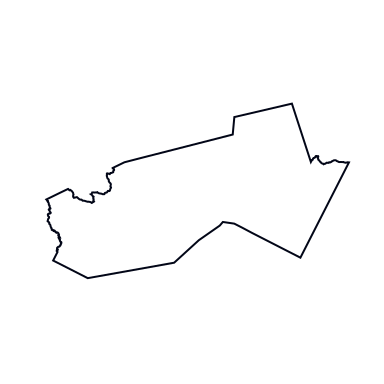 the district of Goilala District, Central, Papua New Guinea, rotated 297°
{"feature_id": "67681753B69138708409100", "entity_name": "Goilala District", "entity_type": "district", "adm_level": 2, "iso_a3": "PNG", "parent_name": "Papua New Guinea", "parent_adm1": "Central", "projection": "natural_earth1", "projection_center": [146.873, -8.324], "detail": "fine", "context": "isolated", "style": "outline", "palette": "ink", "viewbox_px": 384, "rotation_deg": 297, "n_neighbors": 0, "source": "geoboundaries", "source_scale": "gbopen_adm2", "svg_char_len": 5174}
<svg xmlns="http://www.w3.org/2000/svg" viewBox="0 0 384 384"><g transform="rotate(297 192 192)"><path d="M119.2,65.6L118.9,66.4L118.3,67.2L118.3,67.3L118.6,67.6L118.6,67.8L118.4,67.9L117.8,68.0L117.5,68.5L117.5,68.8L117.0,69.4L116.3,69.9L115.8,70.1L115.4,70.6L115.3,71.2L115.0,71.5L114.5,71.6L113.6,72.5L113.4,73.0L113.0,73.4L112.8,73.4L112.6,73.2L112.4,72.5L111.2,72.4L111.0,72.7L111.0,73.2L110.8,73.5L110.5,73.7L110.0,74.3L109.7,75.1L109.3,75.6L108.8,75.5L108.4,75.3L108.1,75.0L107.8,74.6L107.8,74.3L107.5,74.0L107.1,73.8L106.4,73.8L105.6,74.4L105.1,75.0L105.0,75.8L104.7,76.1L104.0,76.3L103.4,76.3L103.0,76.1L102.3,76.1L101.2,76.5L100.5,76.5L100.3,76.8L100.2,78.0L100.0,78.6L99.8,78.8L99.6,78.9L99.0,79.1L98.8,79.3L98.6,79.7L98.6,80.2L98.4,80.6L97.9,81.1L97.1,81.6L96.7,82.1L96.3,82.9L95.9,83.0L95.5,83.5L95.4,83.9L95.1,84.1L94.6,84.3L94.6,84.6L95.0,85.0L95.1,85.3L95.0,86.0L94.9,86.3L94.4,86.5L94.5,86.8L94.9,86.8L95.2,86.9L95.2,87.3L95.0,87.5L94.8,87.5L94.6,87.8L94.7,88.6L94.3,88.9L94.3,89.0L94.4,89.4L94.1,89.8L94.2,90.0L94.9,90.6L94.7,91.5L93.7,92.8L93.3,92.8L93.2,93.0L92.9,93.1L92.8,92.6L92.7,92.5L92.3,92.9L92.3,93.7L91.5,94.9L91.0,93.9L90.8,93.8L90.6,94.0L90.7,94.7L90.6,95.0L90.4,95.1L90.0,94.8L89.8,95.1L89.8,95.8L89.6,96.0L89.4,96.1L88.8,96.2L88.7,96.3L88.0,97.2L87.9,97.6L88.1,97.9L88.0,98.3L87.8,98.5L87.6,98.6L87.2,98.3L86.9,98.4L86.8,98.7L86.6,98.9L85.8,98.9L85.3,98.8L85.0,99.0L84.7,99.0L84.4,98.7L83.6,98.8L83.3,98.7L82.7,98.2L82.6,97.8L82.3,97.6L81.2,97.2L80.9,97.2L80.5,97.7L80.4,97.7L80.2,97.5L79.9,97.6L79.9,98.1L79.8,98.6L79.6,98.7L79.1,98.5L78.6,98.5L78.3,98.1L78.0,98.2L77.5,99.4L67.9,99.4L67.9,138.2L120.9,208.2L152.2,220.0L174.7,232.0L179.3,233.1L183.0,244.0L183.0,252.7L182.8,263.9L182.7,318.4L236.3,318.4L289.6,318.4L289.1,317.1L288.1,316.0L287.8,315.6L287.7,314.9L287.4,314.2L287.5,313.4L286.8,312.1L286.4,311.2L286.2,310.9L286.0,310.4L285.7,309.9L285.5,309.5L285.4,309.1L285.4,308.6L285.5,308.2L285.4,307.8L285.4,307.5L285.3,307.0L285.5,306.5L285.5,306.0L285.5,305.6L285.3,305.2L285.1,304.8L284.8,304.3L284.5,303.9L283.4,303.2L283.1,303.0L283.0,302.8L282.7,302.6L282.4,302.6L282.1,302.5L281.7,302.1L281.1,301.7L280.9,301.5L280.9,301.0L280.8,300.7L280.3,300.6L280.1,300.5L279.7,300.1L279.5,299.4L279.4,298.9L279.1,298.6L278.5,298.3L278.0,298.1L277.7,297.9L277.4,297.4L277.2,297.3L276.9,297.0L276.5,296.7L276.7,296.3L276.8,296.1L276.6,295.7L276.5,295.4L276.5,294.6L276.6,294.2L276.7,293.6L276.9,293.4L277.1,293.1L277.1,292.7L277.1,292.4L277.3,292.0L277.8,291.2L278.0,290.7L278.0,290.2L278.2,289.8L278.7,289.4L279.1,289.1L279.4,289.0L279.4,288.7L279.6,288.6L279.8,288.3L280.3,288.3L281.1,288.3L281.2,288.1L280.8,287.6L280.8,287.4L280.6,287.2L280.7,286.8L280.6,286.6L280.3,286.1L280.1,286.1L279.7,285.9L279.4,286.2L278.6,285.9L278.4,285.8L278.2,285.6L277.7,285.3L277.5,284.9L277.0,284.8L276.7,284.7L275.6,284.9L275.4,284.7L275.1,284.4L274.9,284.5L274.6,284.5L274.4,284.4L274.1,284.3L272.7,284.3L316.1,240.9L278.0,195.7L261.7,202.2L197.9,129.7L187.8,118.3L176.7,109.9L176.9,110.3L177.1,110.9L177.2,111.6L176.9,112.1L176.3,112.6L175.8,112.6L175.2,112.3L173.8,112.8L173.7,112.7L173.4,112.3L173.1,112.2L172.7,111.8L172.4,111.6L172.0,110.9L171.9,110.7L171.4,110.6L170.9,110.7L170.6,110.6L170.6,110.4L170.5,109.9L170.4,109.4L170.4,109.0L170.1,108.6L170.2,108.2L170.1,107.9L169.7,107.8L169.1,108.1L168.8,108.4L168.5,108.6L168.0,108.6L167.7,108.7L167.3,109.1L167.0,109.4L166.5,109.8L165.9,110.4L165.7,110.7L165.6,111.3L165.5,111.7L165.2,112.2L164.8,112.5L164.3,112.7L164.0,112.8L163.1,114.0L162.7,115.4L162.4,115.8L162.2,116.1L161.5,116.4L160.8,116.5L160.1,116.7L159.7,117.0L159.5,117.6L159.3,117.8L158.9,117.9L158.2,117.8L157.8,117.8L157.1,117.9L156.6,118.1L156.0,118.2L155.4,118.0L155.1,117.6L155.0,117.3L155.0,116.9L154.8,116.6L154.5,116.5L154.0,116.5L153.6,116.4L153.1,116.4L152.6,116.0L152.2,115.4L151.9,115.1L151.5,114.8L151.1,114.8L150.3,114.9L150.2,114.8L149.8,114.0L149.5,113.4L149.4,112.1L149.2,111.5L149.0,110.9L148.7,110.1L148.6,109.7L148.6,109.0L148.6,108.6L148.8,108.0L148.9,107.7L148.7,107.5L148.3,107.4L147.9,106.5L147.7,106.1L147.5,105.7L147.2,105.3L147.0,104.8L146.9,104.4L146.6,103.9L146.3,103.3L145.7,103.4L145.1,103.3L144.5,103.3L144.3,103.2L144.1,103.0L144.0,103.6L144.0,104.0L143.9,104.4L143.7,104.7L143.6,105.0L143.2,105.4L143.2,106.0L143.2,106.3L143.1,106.5L142.5,106.5L142.2,106.5L141.6,107.1L141.3,107.1L141.2,107.1L141.0,107.4L140.6,107.8L140.2,108.0L139.8,107.9L139.6,108.0L139.0,109.0L138.7,108.8L138.3,108.6L138.1,108.2L137.2,108.0L136.7,107.6L136.7,107.4L137.0,107.1L137.0,106.6L136.9,105.9L136.7,105.2L136.5,104.6L136.4,104.2L135.9,103.4L135.8,102.8L135.6,101.8L135.5,101.0L135.4,100.4L135.2,99.8L135.0,99.2L134.6,98.5L134.8,97.9L135.0,97.3L135.0,96.9L134.7,96.3L134.5,95.9L134.4,95.3L134.5,94.5L134.6,93.9L134.8,93.4L134.9,92.8L135.1,92.2L135.2,91.9L135.1,91.6L134.2,90.7L134.0,90.1L133.2,89.5L133.3,89.2L133.5,88.7L133.7,88.4L133.9,88.2L134.7,87.8L135.4,87.6L135.9,87.6L136.2,87.2L136.8,86.8L137.3,86.4L137.9,85.2L138.3,84.4L138.4,83.9L138.5,83.3L138.6,82.7L138.0,82.4L137.9,82.1L138.0,81.7L138.2,81.0L138.4,80.7L138.5,80.4L138.5,80.2L131.7,75.0L119.2,65.6Z" fill="none" stroke="#020617" stroke-width="2"/></g></svg>